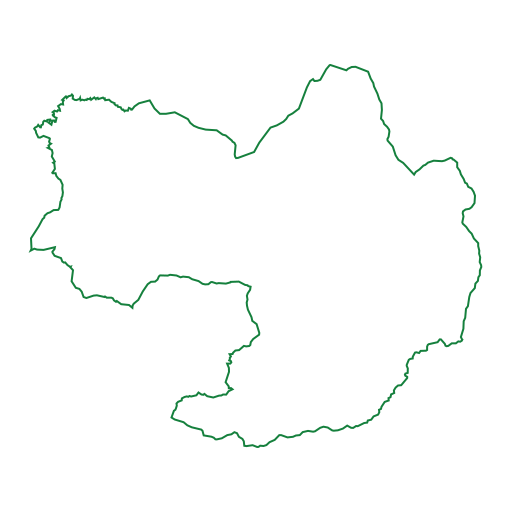 outline of Piñas, El Oro, Ecuador
{"feature_id": "8360857B66952763601704", "entity_name": "Piñas", "entity_type": "district", "adm_level": 2, "iso_a3": "ECU", "parent_name": "Ecuador", "parent_adm1": "El Oro", "projection": "mercator", "projection_center": [-79.823, -3.71], "detail": "fine", "context": "isolated", "style": "outline", "palette": "green", "viewbox_px": 512, "rotation_deg": 0, "n_neighbors": 0, "source": "geoboundaries", "source_scale": "gbopen_adm2", "svg_char_len": 5944}
<svg xmlns="http://www.w3.org/2000/svg" viewBox="0 0 512 512"><path d="M30.7,250.6L34.3,248.7L37.1,249.6L43.6,249.9L54.9,247.2L54.5,249.1L52.4,251.7L52.5,252.6L54.6,255.8L61.0,258.1L62.3,261.5L63.9,262.6L65.2,262.4L67.5,265.1L70.0,266.8L70.8,266.6L70.4,267.4L73.0,270.2L71.6,281.3L75.8,287.8L79.4,288.9L81.7,291.7L83.6,297.0L86.4,298.0L93.6,295.6L96.9,295.3L104.5,297.0L105.0,296.5L106.8,297.7L111.4,297.7L112.8,298.3L114.0,300.4L116.0,301.8L116.8,301.0L121.2,304.2L129.0,305.0L132.4,307.8L132.6,305.6L133.7,303.7L138.3,299.9L142.8,291.4L147.7,284.2L151.0,281.8L155.1,281.6L157.5,279.6L158.9,276.4L160.1,275.4L167.8,275.6L170.1,274.8L176.5,275.5L180.6,277.3L183.0,276.6L188.8,277.2L192.1,279.2L198.6,281.1L202.5,283.8L205.2,284.4L208.4,284.2L210.8,282.2L212.0,282.0L216.6,283.5L218.7,283.1L225.9,283.6L230.4,282.4L230.6,281.9L238.8,281.6L245.1,284.9L247.6,285.3L248.2,286.1L250.6,286.7L250.1,289.8L247.7,293.4L246.9,295.8L247.5,299.6L246.7,302.5L247.0,305.7L247.9,309.6L251.5,317.2L252.3,320.9L256.6,324.1L259.3,332.9L259.1,334.7L253.2,339.0L250.8,342.1L250.3,345.0L249.2,346.0L246.2,346.4L243.9,345.9L239.1,350.1L235.4,350.5L233.1,352.7L232.6,354.0L229.6,354.2L230.9,356.5L229.8,357.8L229.9,359.0L229.2,360.4L231.0,361.2L231.3,362.4L230.3,363.6L227.1,363.6L228.9,367.9L229.0,371.8L225.6,382.2L228.7,386.3L228.8,388.2L231.0,388.1L232.5,389.3L228.6,391.2L226.2,394.6L223.1,394.5L221.3,395.5L219.1,395.6L213.3,397.5L207.2,396.2L204.4,393.9L203.3,394.8L201.4,394.5L198.5,392.5L196.4,395.3L191.1,396.5L189.5,396.0L188.3,396.8L186.8,396.4L184.5,397.0L181.9,398.4L181.7,400.4L178.1,401.8L176.5,403.5L176.8,405.6L176.0,408.2L175.4,409.7L173.9,410.8L171.5,417.5L174.7,419.5L183.6,422.2L187.3,425.3L191.8,427.3L201.3,429.6L202.5,430.8L203.7,435.4L211.4,436.7L213.8,437.7L215.4,439.3L216.7,439.4L221.8,438.3L227.3,435.1L231.4,434.3L234.4,432.2L237.0,433.2L238.9,436.8L242.4,438.9L243.8,441.3L244.3,445.8L246.5,446.1L252.6,445.2L257.2,447.0L258.5,446.9L260.2,445.7L263.5,446.0L266.4,445.1L269.5,442.2L274.7,439.9L279.3,435.1L281.1,435.1L287.5,437.4L293.0,436.8L295.9,435.5L299.8,435.1L302.7,432.1L308.0,430.9L313.1,431.7L315.0,431.3L320.2,427.8L323.5,426.7L327.7,427.5L332.2,430.4L333.7,430.7L337.9,430.3L342.9,428.6L347.2,425.6L351.1,427.8L353.2,427.9L356.1,426.0L357.7,426.2L364.2,423.0L367.2,422.6L367.8,420.5L371.2,419.7L373.6,416.4L378.1,414.6L379.3,412.2L379.0,409.8L381.0,408.9L381.5,406.8L384.7,401.9L388.7,400.5L388.5,398.1L390.5,397.2L391.1,394.4L394.2,393.0L393.9,390.4L395.6,387.6L398.0,385.5L401.2,385.2L407.2,378.0L407.2,376.8L405.3,375.7L404.9,374.7L405.4,373.6L407.7,372.9L407.8,368.4L406.7,365.8L406.8,364.7L408.8,359.8L410.2,358.9L412.7,358.5L412.8,356.7L415.0,352.6L416.3,352.3L419.1,353.0L420.6,350.9L426.0,350.7L427.1,350.0L427.1,346.6L427.8,344.9L428.7,344.2L437.6,342.2L439.7,339.4L440.9,339.4L444.8,343.8L445.5,345.7L446.6,346.2L448.3,345.9L451.8,343.3L455.9,343.3L458.3,341.4L460.2,341.7L461.8,340.7L462.7,338.8L462.3,339.4L461.8,339.0L460.9,337.0L463.4,328.8L463.7,321.2L465.2,317.8L466.0,308.8L467.9,306.2L469.3,296.9L470.5,293.0L474.8,288.1L475.4,283.6L477.9,280.9L478.4,277.2L479.8,275.2L479.9,270.4L481.3,267.0L481.1,265.1L479.7,262.1L480.2,257.3L479.1,253.6L479.3,250.7L478.2,246.1L478.2,243.1L473.9,238.5L471.7,233.7L469.1,231.1L466.2,226.9L462.8,223.7L462.3,222.4L463.5,216.4L462.7,213.2L463.0,211.4L465.5,209.5L469.4,208.8L471.6,207.2L474.5,203.1L475.0,195.7L473.6,191.8L471.5,188.5L468.2,186.8L466.9,183.6L465.1,182.7L463.7,179.0L460.9,174.4L459.8,170.8L457.2,167.2L457.2,162.6L453.5,159.5L452.6,159.4L452.1,158.3L450.6,157.8L444.7,160.6L442.0,161.2L433.7,160.7L428.0,162.6L425.3,164.9L423.4,165.6L419.5,169.4L415.7,172.0L414.1,174.6L403.2,162.9L398.4,159.8L395.6,155.3L392.8,146.6L387.6,140.6L387.4,139.1L388.6,136.8L389.4,131.5L389.0,129.5L387.1,126.8L384.1,124.0L383.1,121.0L381.0,118.7L381.9,110.0L381.5,103.3L379.3,99.5L377.4,93.6L374.0,86.5L373.3,83.1L370.7,78.6L368.1,71.7L355.5,66.8L351.7,67.0L348.0,68.8L346.4,70.3L330.4,65.0L329.6,65.2L326.2,69.3L320.3,79.8L317.5,80.8L314.4,81.0L313.0,79.1L310.1,81.1L306.9,87.4L298.9,108.6L292.6,113.4L288.3,115.7L286.2,119.0L283.4,121.7L276.8,125.4L270.5,127.6L259.3,142.6L254.1,152.0L238.0,157.9L236.1,158.1L235.1,156.6L234.7,154.4L235.6,145.3L234.4,142.8L232.5,141.7L231.9,140.6L225.7,135.4L222.6,134.6L216.7,130.3L205.7,129.6L198.5,127.8L193.8,125.8L190.3,122.9L187.9,119.1L174.8,112.3L166.0,113.8L159.9,113.8L154.5,108.5L149.7,100.4L138.9,103.3L134.5,106.4L132.0,109.6L131.2,109.7L130.7,108.7L128.9,107.9L127.9,110.7L125.7,110.5L124.5,111.3L123.4,109.6L122.4,109.9L121.5,109.0L120.7,107.3L117.9,106.8L117.5,105.4L115.9,105.4L114.5,104.1L114.6,103.2L111.4,101.9L109.0,99.7L105.2,100.2L104.7,98.3L103.8,98.6L103.0,97.6L98.3,99.1L97.7,97.8L96.1,98.4L95.8,99.1L94.3,97.4L91.1,99.8L90.3,98.1L89.2,99.2L87.4,98.8L86.7,100.0L85.4,99.7L84.4,100.3L82.4,99.7L80.6,100.4L80.1,97.9L79.7,98.8L76.5,100.1L74.8,99.9L72.7,98.6L73.0,95.8L71.9,94.5L71.0,95.6L68.8,96.1L66.7,97.9L66.4,96.5L65.8,96.4L62.2,99.9L63.6,100.5L62.8,102.0L63.1,104.5L60.9,104.1L58.1,106.1L59.7,108.9L60.0,110.7L57.9,110.2L57.0,111.5L54.5,110.7L52.7,112.1L53.8,112.8L54.0,114.2L53.9,115.0L52.8,114.9L52.8,115.4L54.8,117.2L56.6,117.9L55.6,121.9L54.7,121.9L54.1,120.5L52.4,120.6L51.4,124.7L48.7,122.7L50.5,120.4L50.3,119.5L47.3,119.9L46.9,121.5L44.3,120.7L43.3,121.7L42.8,124.5L41.3,125.2L40.9,127.3L40.2,127.3L38.2,124.9L37.3,126.4L34.9,127.7L34.2,128.7L35.8,130.9L36.1,132.8L38.3,137.4L40.1,137.6L43.5,135.9L49.5,138.2L49.9,138.8L49.1,141.7L49.7,143.0L51.0,143.7L48.5,145.5L49.3,147.4L47.9,147.9L51.9,150.0L52.6,153.1L51.8,156.5L54.8,161.6L53.1,162.7L54.3,163.6L54.9,168.9L52.3,172.8L52.9,173.3L55.6,173.2L56.3,175.9L58.4,178.6L60.4,179.9L62.6,184.8L62.3,188.6L62.9,192.4L62.4,196.1L61.4,198.1L61.6,199.4L60.4,201.8L59.6,207.4L58.6,209.4L58.2,209.9L53.6,210.1L50.0,212.4L47.5,213.2L44.6,215.7L44.2,217.7L42.6,219.1L38.7,226.4L31.0,238.3L31.5,248.8L30.7,250.6Z" fill="none" stroke="#15803d" stroke-width="2"/></svg>